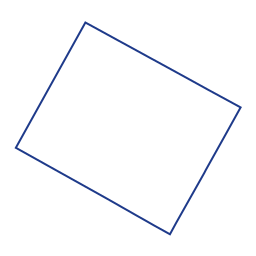 the district of Portage, Ohio, United States of America, rotated 299°
{"feature_id": "52423323B44702428912558", "entity_name": "Portage", "entity_type": "district", "adm_level": 2, "iso_a3": "USA", "parent_name": "United States of America", "parent_adm1": "Ohio", "projection": "albers", "projection_center": [-81.208, 41.168], "detail": "fine", "context": "isolated", "style": "outline", "palette": "blue", "viewbox_px": 256, "rotation_deg": 299, "n_neighbors": 0, "source": "geoboundaries", "source_scale": "gbopen_adm2", "svg_char_len": 403}
<svg xmlns="http://www.w3.org/2000/svg" viewBox="0 0 256 256"><g transform="rotate(299 128 128)"><path d="M56.3,39.5L56.2,74.6L56.0,143.9L55.8,161.2L55.6,178.0L55.5,190.6L55.4,198.1L55.4,216.2L68.6,216.1L125.9,216.5L128.7,216.4L133.1,216.4L169.2,216.5L200.6,216.5L200.3,180.0L200.2,144.6L200.0,111.8L200.0,111.0L199.8,77.0L199.6,39.6L56.3,39.5Z" fill="none" stroke="#1e3a8a" stroke-width="2"/></g></svg>